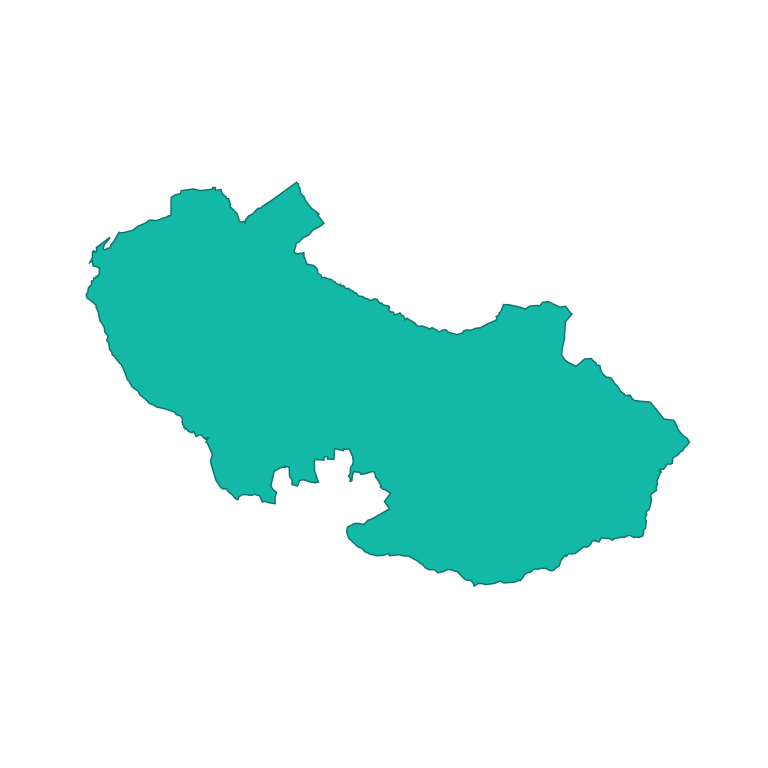 outline of Golesti, Vâlcea, Romania, rotated 100°
{"feature_id": "2599482B46640731791871", "entity_name": "Golesti", "entity_type": "district", "adm_level": 2, "iso_a3": "ROU", "parent_name": "Romania", "parent_adm1": "Vâlcea", "projection": "mercator", "projection_center": [24.467, 45.11], "detail": "fine", "context": "isolated", "style": "filled", "palette": "teal", "viewbox_px": 768, "rotation_deg": 100, "n_neighbors": 0, "source": "geoboundaries", "source_scale": "gbopen_adm2", "svg_char_len": 6145}
<svg xmlns="http://www.w3.org/2000/svg" viewBox="0 0 768 768"><g transform="rotate(100 384 384)"><path d="M432.5,628.1L433.2,625.5L437.4,622.1L440.8,615.6L443.9,611.8L444.7,607.3L446.2,603.8L446.3,597.2L447.9,585.5L450.2,583.3L450.9,578.6L453.3,576.3L456.3,576.3L459.1,575.0L460.0,573.8L461.6,573.4L461.9,571.8L462.9,571.8L462.2,570.8L464.2,569.0L465.3,565.9L465.1,564.3L463.6,563.4L468.4,559.8L466.1,557.1L466.2,554.5L467.7,553.2L469.4,550.1L468.0,549.2L467.4,547.7L472.2,549.3L472.6,547.9L482.9,540.9L485.1,540.7L489.3,541.6L491.3,541.1L507.5,533.1L514.4,526.8L515.3,523.9L514.5,521.1L517.0,518.6L519.7,513.9L522.5,510.6L523.3,508.3L523.0,507.7L520.3,507.5L517.6,504.2L516.7,499.8L517.0,498.1L516.4,494.6L515.0,492.2L515.6,489.8L515.6,487.0L521.2,483.4L520.3,480.8L520.9,476.7L520.7,470.3L514.3,471.8L509.6,470.9L507.0,475.1L504.1,477.7L489.1,477.0L484.8,471.8L483.4,468.9L483.4,466.7L481.8,467.5L482.6,462.9L490.4,461.2L492.0,460.5L494.2,458.0L499.0,457.1L499.5,451.5L493.9,450.4L492.7,448.2L492.4,446.4L492.6,442.6L493.3,440.6L493.2,434.1L492.3,434.1L492.2,431.6L481.1,437.5L470.5,439.4L469.3,429.9L465.8,430.2L465.5,426.9L467.7,426.6L466.9,420.2L456.1,421.4L456.8,412.7L455.4,412.8L454.1,407.0L461.0,402.2L466.4,400.7L469.2,401.0L472.0,402.5L478.5,401.7L480.7,403.0L483.5,400.5L485.8,400.5L484.9,398.9L479.2,399.2L475.3,398.6L475.6,396.4L475.1,393.1L476.9,390.9L475.9,387.5L472.3,380.5L472.2,378.7L475.1,376.6L477.0,376.2L480.5,372.5L485.3,368.9L486.0,369.7L487.9,366.6L487.7,365.4L490.4,358.6L499.7,363.2L506.0,356.8L519.4,373.1L520.9,376.2L525.8,379.4L525.7,384.4L526.5,388.7L531.4,395.2L536.1,395.1L541.9,392.1L548.9,381.4L549.7,377.2L552.5,373.6L554.1,367.3L554.3,360.4L552.4,353.8L550.1,350.2L552.1,348.8L549.6,339.8L549.9,333.5L549.0,330.8L552.5,320.1L554.6,316.5L555.1,314.6L557.7,311.5L558.8,308.6L559.0,306.2L557.9,302.0L560.6,298.4L559.3,294.6L555.7,289.2L555.2,285.5L556.0,283.0L555.9,279.6L562.1,270.8L562.7,268.4L562.5,264.7L563.0,263.5L564.5,261.7L567.4,260.1L564.2,256.6L563.6,253.5L563.8,248.9L561.3,240.8L558.2,236.0L558.3,233.9L559.2,231.5L556.5,221.3L555.0,218.4L553.5,217.3L554.2,215.9L549.8,213.2L547.4,212.6L545.1,210.2L544.0,207.3L540.9,204.6L539.8,202.6L539.7,200.0L538.0,196.7L537.7,194.7L537.6,192.6L538.7,188.8L538.8,186.3L537.4,184.1L535.6,183.0L532.6,179.9L526.8,179.1L521.1,175.7L522.1,174.7L518.8,172.3L518.7,169.4L517.7,166.3L509.8,159.1L509.5,156.2L508.5,154.5L505.9,152.8L502.2,151.6L501.6,148.1L502.1,147.4L502.1,144.8L497.5,143.1L497.6,139.6L497.0,135.0L498.2,132.0L496.1,130.0L493.7,123.7L493.2,120.3L491.7,118.7L490.3,115.6L491.8,111.1L490.9,109.2L490.8,106.1L488.8,102.9L485.5,102.5L482.6,103.0L480.9,101.4L473.7,101.8L470.9,103.6L466.9,102.6L464.9,103.7L463.2,102.9L461.9,101.3L459.1,100.8L451.9,100.5L447.6,101.9L446.1,101.7L441.2,97.0L439.3,98.0L434.8,97.2L433.2,98.5L423.0,96.4L422.6,95.6L421.8,96.0L422.0,97.5L421.6,97.8L419.7,96.3L419.6,93.9L413.7,91.2L413.2,88.1L412.1,86.4L406.5,86.7L403.5,83.0L399.2,80.1L398.0,78.4L394.5,77.0L391.5,74.6L388.2,73.2L385.0,75.9L382.4,81.4L377.7,86.5L371.8,90.2L369.4,92.7L370.0,102.1L355.7,118.4L356.8,134.3L355.5,137.0L352.3,139.5L352.5,141.4L353.5,141.5L353.1,142.3L353.4,144.9L351.9,146.0L350.3,149.6L345.7,153.4L343.0,157.7L340.9,158.8L340.4,160.3L338.9,160.8L338.4,163.7L338.7,166.2L335.9,170.5L332.5,173.1L328.3,174.6L328.6,178.0L326.4,179.0L324.1,183.1L322.9,184.2L324.5,190.7L333.2,197.9L330.8,206.2L328.8,210.2L324.5,214.2L318.2,214.7L308.1,214.2L291.3,216.2L282.4,211.0L281.3,213.2L275.9,218.6L277.8,223.9L274.4,236.8L276.2,242.2L280.0,244.1L280.1,246.9L281.9,253.9L285.6,257.8L284.7,263.3L284.3,274.9L285.0,280.1L291.4,281.2L294.2,282.9L296.1,283.0L298.0,285.0L298.0,284.4L301.7,284.7L306.4,292.0L311.9,298.8L313.1,303.1L315.8,307.5L316.6,312.7L318.2,315.0L320.3,315.8L322.7,320.7L321.8,329.9L320.3,331.6L319.9,333.1L320.4,334.9L323.1,338.7L322.8,340.1L321.6,341.4L321.3,343.6L320.2,345.9L320.5,347.0L322.1,348.6L321.0,351.6L320.2,356.8L321.0,358.6L321.2,361.1L318.4,364.6L316.1,371.0L315.1,372.5L317.1,374.3L313.6,376.7L312.9,378.8L311.2,380.7L312.5,382.3L314.2,386.2L311.7,387.1L311.7,390.6L310.9,391.7L309.9,392.4L307.6,391.8L306.6,392.6L306.2,394.5L306.4,399.0L304.8,400.0L305.1,402.5L301.8,405.6L301.9,408.4L304.3,411.6L303.2,414.2L302.8,417.7L301.6,420.0L301.7,424.4L299.1,427.4L299.4,429.2L298.0,430.2L297.4,433.4L296.0,435.4L296.7,438.4L294.1,440.8L295.3,443.3L293.2,443.9L293.9,445.2L293.8,447.7L292.0,450.1L291.8,451.4L290.0,454.4L290.4,456.3L289.3,460.9L290.2,463.7L287.7,465.2L286.6,468.4L283.0,469.4L280.5,472.0L279.5,474.3L279.3,480.7L272.4,484.9L268.5,485.8L268.7,486.5L270.0,487.1L269.8,489.8L271.1,491.4L270.1,495.6L260.7,494.7L258.9,492.3L254.0,489.1L250.5,484.2L244.6,480.6L240.0,474.6L236.2,471.0L229.1,478.8L227.8,477.7L223.4,486.2L216.4,493.7L213.8,495.0L210.5,499.4L205.5,501.0L203.8,502.7L202.0,502.9L200.6,505.1L222.9,526.8L229.9,534.4L231.9,535.5L233.2,539.0L239.3,542.8L242.5,547.0L244.2,547.3L245.6,548.7L249.3,549.3L248.3,550.3L249.5,553.0L248.6,554.8L241.8,558.2L236.8,565.0L236.6,566.4L233.8,566.5L228.5,569.3L228.7,571.5L226.9,572.1L226.7,573.8L225.2,574.8L225.3,576.1L220.8,578.3L222.6,583.5L219.9,584.2L220.2,586.9L221.9,586.6L225.5,598.6L225.0,605.4L228.8,617.2L232.2,617.7L233.6,622.0L237.2,626.0L255.1,623.1L256.0,625.6L258.0,628.0L258.6,630.2L260.0,631.6L262.7,636.8L263.0,642.0L263.8,644.0L266.8,646.7L271.6,654.0L276.2,658.0L280.3,667.1L281.2,671.0L280.8,671.3L290.7,674.9L294.6,677.1L297.6,677.4L298.2,679.5L300.4,682.2L300.1,684.0L295.5,683.7L288.0,679.5L287.5,679.8L299.7,691.0L301.8,690.1L304.2,690.8L304.4,691.6L303.1,692.9L304.3,694.0L310.2,693.1L315.5,694.8L313.8,692.4L318.2,691.0L318.4,687.5L319.4,684.1L322.5,684.1L324.1,683.3L327.7,685.0L327.9,686.0L328.5,685.6L330.4,688.3L332.6,688.1L333.4,689.8L337.1,689.4L340.5,691.8L345.6,691.7L346.8,692.7L348.5,692.5L350.9,691.2L354.1,684.7L356.6,681.1L358.6,680.8L362.2,678.1L371.4,674.6L371.4,674.0L376.4,669.5L381.4,667.9L384.6,664.0L389.3,664.6L391.1,662.2L397.4,660.3L399.8,657.7L402.7,656.5L403.5,654.6L408.9,648.6L410.2,646.3L416.8,641.6L424.5,637.3L425.3,635.6L430.2,631.9L432.5,628.1Z" fill="#14b8a6" stroke="#0f766e" stroke-width="1.5"/></g></svg>